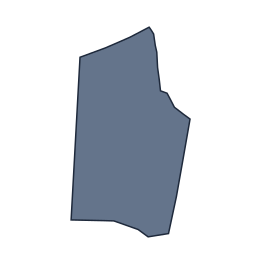 Taba, Shamal Sina', Egypt, rotated 281°
{"feature_id": "37247803B8228928204650", "entity_name": "Taba", "entity_type": "district", "adm_level": 2, "iso_a3": "EGY", "parent_name": "Egypt", "parent_adm1": "Shamal Sina'", "projection": "albers", "projection_center": [34.855, 29.499], "detail": "fine", "context": "isolated", "style": "filled", "palette": "slate", "viewbox_px": 256, "rotation_deg": 281, "n_neighbors": 0, "source": "geoboundaries", "source_scale": "gbopen_adm2", "svg_char_len": 519}
<svg xmlns="http://www.w3.org/2000/svg" viewBox="0 0 256 256"><g transform="rotate(281 128 128)"><path d="M26.9,89.7L32.5,122.1L34.1,131.8L30.3,157.3L25.0,168.5L32.1,187.9L69.9,188.6L106.6,188.0L148.6,187.2L152.0,180.0L157.2,169.6L163.8,164.4L169.6,159.7L170.7,152.8L181.6,149.4L193.0,145.5L207.9,141.8L214.3,139.0L225.2,135.2L228.3,132.3L228.6,132.0L228.7,131.9L229.1,131.5L230.1,130.5L231.0,129.5L217.5,112.6L216.1,110.6L202.3,90.5L188.3,67.4L26.9,89.7Z" fill="#64748b" stroke="#1e293b" stroke-width="1.5"/></g></svg>